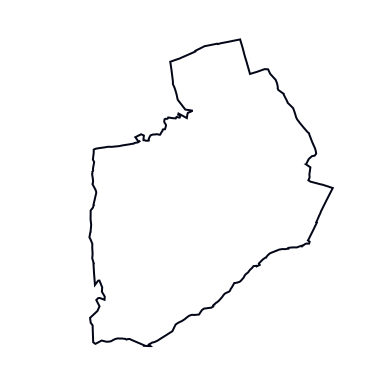 outline of San Sebastián Ixcapa, Oaxaca, Mexico, rotated 344°
{"feature_id": "50627088B8337648653964", "entity_name": "San Sebastián Ixcapa", "entity_type": "district", "adm_level": 2, "iso_a3": "MEX", "parent_name": "Mexico", "parent_adm1": "Oaxaca", "projection": "albers", "projection_center": [-98.15, 16.529], "detail": "fine", "context": "isolated", "style": "outline", "palette": "ink", "viewbox_px": 384, "rotation_deg": 344, "n_neighbors": 0, "source": "geoboundaries", "source_scale": "gbopen_adm2", "svg_char_len": 4365}
<svg xmlns="http://www.w3.org/2000/svg" viewBox="0 0 384 384"><g transform="rotate(344 192 192)"><path d="M109.2,124.2L108.3,127.3L105.7,133.4L106.2,136.3L103.3,142.1L102.9,143.8L102.8,144.3L102.6,144.4L102.3,144.7L101.8,145.0L101.5,146.3L100.9,147.2L100.2,153.1L99.6,155.1L99.1,156.3L98.5,156.9L99.7,162.6L100.0,164.9L99.7,166.5L93.8,177.1L94.0,177.5L93.7,177.6L92.5,179.7L89.5,181.8L87.9,187.3L87.1,189.7L86.0,195.9L83.6,202.1L83.6,202.4L83.2,202.6L80.9,207.3L81.4,209.6L81.9,214.3L80.8,217.9L79.3,224.4L77.8,228.3L77.9,233.1L77.7,233.0L76.8,237.0L75.4,243.3L73.1,254.6L77.3,251.4L78.6,251.6L79.4,258.9L78.4,261.6L77.9,263.0L79.3,268.5L78.2,271.5L74.1,268.4L72.4,268.2L70.2,269.5L71.6,276.4L68.3,280.3L59.3,284.9L58.6,289.8L59.7,292.8L55.6,309.2L57.2,311.3L58.7,311.1L64.2,309.9L68.6,312.4L70.8,312.9L72.3,313.1L73.4,313.1L74.7,312.7L76.2,312.4L77.6,312.2L79.8,312.2L84.7,313.7L85.8,314.2L87.2,314.7L88.4,315.8L90.1,315.7L91.5,316.1L93.6,317.9L103.9,326.3L103.6,326.7L108.6,328.4L109.7,328.7L108.5,326.7L109.9,326.3L111.2,326.1L112.4,325.7L113.3,325.9L114.7,325.9L115.7,325.7L116.8,325.6L118.2,325.3L120.8,324.5L134.8,320.4L139.7,314.9L142.0,314.1L143.4,313.8L145.4,313.4L146.3,313.4L149.8,312.3L154.1,310.5L155.3,310.2L157.4,310.0L158.7,310.2L160.1,310.8L165.0,311.7L167.6,309.4L169.1,308.2L171.3,307.4L178.8,308.5L180.9,307.9L180.9,307.0L181.9,306.4L182.6,306.4L183.0,305.9L184.8,305.1L185.7,304.9L187.9,303.9L191.7,301.5L193.5,300.1L194.2,299.5L195.7,298.7L197.8,298.3L200.1,298.0L201.2,297.4L202.5,295.9L204.3,294.4L207.5,291.2L208.1,291.3L209.4,291.5L211.7,291.5L212.5,291.5L213.5,291.3L214.9,290.6L215.9,289.9L216.7,289.4L217.7,288.8L218.6,288.0L219.3,287.1L219.9,286.6L220.7,286.0L223.8,284.7L224.6,284.1L225.7,283.2L226.9,282.5L228.5,281.7L230.7,280.2L233.5,280.7L233.6,281.3L235.6,281.0L237.0,280.7L236.9,280.4L236.5,279.3L237.0,278.9L241.4,276.4L242.8,275.9L244.2,275.4L245.1,275.5L245.5,274.9L246.2,274.6L246.9,274.0L247.2,273.8L247.5,273.6L248.3,273.3L248.9,272.9L249.7,272.6L250.2,272.4L251.1,272.3L259.8,271.4L262.0,271.6L263.2,271.8L264.4,272.1L265.6,272.6L266.5,272.7L267.6,272.8L269.0,273.1L269.2,272.3L269.8,272.4L270.7,272.5L271.8,272.6L272.7,272.9L273.5,273.0L277.7,274.2L278.9,274.0L282.7,273.9L282.8,274.3L283.0,274.1L283.4,274.2L283.5,273.9L285.0,273.7L286.4,273.2L287.6,273.1L287.8,273.1L290.3,273.9L291.4,272.2L290.1,270.5L291.0,269.7L298.4,261.6L303.6,255.8L303.1,255.4L308.3,249.1L309.4,247.9L310.7,246.1L319.3,236.7L319.5,236.5L328.4,227.0L323.9,223.9L318.6,220.4L318.3,220.4L308.6,214.6L307.1,212.8L308.8,210.8L309.4,209.3L309.5,207.9L312.6,200.9L309.2,196.8L309.3,196.8L313.3,192.5L317.2,190.6L319.9,190.9L321.9,189.4L322.1,188.1L322.3,186.1L322.3,184.3L322.3,184.2L321.3,177.0L320.6,168.9L320.7,167.8L319.6,166.3L317.2,161.1L314.8,155.6L314.7,155.4L313.1,151.2L312.7,149.0L312.7,147.3L312.6,142.8L312.3,139.2L308.5,132.5L308.5,132.1L308.6,131.6L307.0,123.7L307.3,123.1L303.1,117.7L302.9,116.0L303.0,115.7L303.4,114.9L303.7,111.3L303.4,107.4L299.7,99.9L299.0,95.2L298.9,95.0L295.6,93.9L287.6,94.4L280.3,94.5L280.3,91.3L280.3,89.0L280.3,81.4L280.2,75.6L280.4,67.7L280.4,65.5L280.3,59.8L280.3,58.6L271.8,57.9L268.8,57.7L260.4,56.9L257.6,57.0L257.3,56.6L257.2,56.4L248.7,55.7L244.3,55.3L241.7,55.8L234.1,57.2L234.1,57.8L233.8,57.9L215.7,60.4L215.3,60.3L207.0,60.8L205.9,69.2L204.1,80.6L203.4,83.1L204.0,87.4L204.1,93.0L204.1,93.4L203.7,99.2L204.1,100.4L208.3,110.9L210.7,112.0L214.4,113.7L214.3,114.2L211.9,114.6L209.9,114.7L208.6,116.7L208.4,117.4L207.4,119.5L200.7,112.9L200.6,113.1L200.0,113.9L202.1,115.1L200.6,117.1L197.8,115.6L196.6,116.8L195.2,116.2L193.5,115.6L189.7,113.8L189.0,114.6L188.1,114.8L186.6,114.3L185.6,114.6L185.1,115.7L184.7,116.6L184.7,117.7L185.3,119.4L185.4,120.8L184.5,122.4L183.3,124.2L181.9,123.9L181.1,123.9L180.5,125.1L179.4,125.9L177.2,128.1L176.9,128.1L176.5,128.0L175.1,127.2L173.9,126.7L171.8,126.4L170.5,126.0L169.1,126.0L167.7,126.2L166.8,127.0L165.5,128.5L164.9,129.3L164.8,130.5L164.6,130.7L163.2,130.4L161.8,130.0L160.8,129.2L159.6,128.8L159.6,128.7L161.3,124.5L160.7,123.9L159.7,123.1L159.0,122.5L152.6,123.7L154.5,128.8L155.4,128.6L155.5,128.8L153.7,129.4L150.2,129.0L149.4,129.5L148.8,129.3L143.9,128.8L138.5,128.1L134.6,127.8L127.4,126.5L123.7,125.4L122.6,125.2L122.0,125.2L120.2,125.0L115.4,124.3L112.1,123.9L110.6,123.9L109.2,124.2Z" fill="none" stroke="#020617" stroke-width="2"/></g></svg>